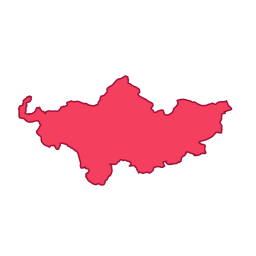 Manandriana, Amoron'i Mania, Madagascar, rotated 80°
{"feature_id": "10022922B47245353926014", "entity_name": "Manandriana", "entity_type": "district", "adm_level": 2, "iso_a3": "MDG", "parent_name": "Madagascar", "parent_adm1": "Amoron'i Mania", "projection": "natural_earth1", "projection_center": [47.016, -20.748], "detail": "fine", "context": "isolated", "style": "filled", "palette": "rose", "viewbox_px": 256, "rotation_deg": 80, "n_neighbors": 0, "source": "geoboundaries", "source_scale": "gbopen_adm2", "svg_char_len": 5839}
<svg xmlns="http://www.w3.org/2000/svg" viewBox="0 0 256 256"><g transform="rotate(80 128 128)"><path d="M179.6,161.8L179.2,161.2L178.1,160.3L175.9,159.4L175.8,158.7L175.4,157.8L173.7,156.6L172.0,155.0L171.9,153.9L170.0,152.4L168.0,151.4L166.7,151.1L163.8,151.0L162.8,150.7L162.0,151.0L160.5,151.9L160.9,149.3L161.6,147.6L161.6,146.9L161.4,146.0L160.9,145.1L159.8,144.2L159.6,142.8L158.2,141.3L158.0,140.8L158.1,140.2L158.4,139.4L158.9,139.0L159.1,138.4L159.0,137.4L159.1,136.6L159.5,135.8L160.5,134.3L161.1,132.9L162.3,131.5L162.8,131.3L163.6,131.2L164.3,131.7L165.6,133.1L165.9,132.5L165.8,131.0L166.0,129.3L166.3,128.3L166.7,127.9L167.9,127.5L168.2,126.8L171.4,126.2L172.9,125.4L174.0,125.2L173.6,124.5L173.7,124.2L173.9,123.8L174.0,123.2L174.4,122.2L174.9,121.9L175.2,121.4L174.8,117.3L175.3,115.9L175.6,115.2L176.1,114.8L175.2,112.3L174.2,110.9L171.2,109.1L171.2,104.9L171.6,103.8L172.2,102.6L172.7,101.0L172.5,100.3L171.9,98.6L171.3,98.6L169.7,99.2L168.2,99.4L167.6,99.2L167.3,98.6L168.0,96.6L167.8,96.1L168.5,96.4L169.4,96.0L170.6,95.0L171.1,93.9L171.1,93.1L170.9,91.7L171.4,90.9L171.1,89.4L171.4,86.5L170.3,84.2L170.8,83.8L170.8,83.3L170.1,82.6L169.9,81.8L169.6,81.5L167.3,80.7L166.0,79.8L165.5,79.2L165.2,77.9L165.1,77.1L164.0,76.3L163.3,75.3L162.7,74.9L162.0,75.0L161.9,74.3L162.0,73.3L162.3,72.6L163.4,71.1L164.9,67.9L165.7,68.0L166.1,67.8L166.4,67.5L166.1,66.6L166.4,66.7L166.8,66.6L166.9,66.1L166.9,63.3L166.6,61.6L166.1,60.5L166.0,59.2L165.7,58.7L166.4,57.5L166.5,56.9L166.4,56.3L166.1,55.9L165.4,56.1L164.8,56.1L164.9,55.8L163.8,56.1L161.7,56.1L158.9,55.1L158.4,55.2L157.5,56.2L156.7,58.7L155.9,59.1L154.9,60.7L154.2,60.7L153.9,59.4L153.5,58.6L153.5,56.1L152.9,52.0L151.8,48.4L150.6,45.8L147.6,42.0L148.1,40.0L148.7,38.4L148.9,36.7L147.1,36.5L145.8,35.7L144.6,36.0L142.6,35.2L141.5,35.4L139.3,36.4L138.4,36.4L135.3,34.2L132.1,33.7L130.9,33.1L130.2,32.3L130.4,31.0L130.3,29.9L130.1,29.7L128.8,30.3L128.6,29.9L128.4,27.4L128.2,26.6L127.7,23.1L127.4,22.8L127.0,22.7L126.0,23.2L124.4,24.3L123.3,25.3L118.5,26.3L118.7,27.2L118.8,28.4L118.2,33.5L118.7,35.6L119.9,37.4L119.8,38.2L118.3,40.4L118.2,40.8L118.4,42.0L118.7,42.5L118.7,44.8L119.3,46.7L119.2,48.9L118.6,51.7L118.1,52.7L117.4,53.6L116.1,55.7L114.8,56.9L114.1,57.9L113.9,58.4L113.8,60.1L112.7,61.2L111.6,63.4L110.8,65.3L110.0,66.7L109.4,68.3L109.1,71.1L109.3,74.2L109.5,74.8L111.8,74.4L113.3,74.9L115.7,77.5L116.7,79.4L119.5,80.9L120.2,81.5L120.8,82.3L121.3,83.9L122.0,85.2L122.1,86.2L121.9,88.0L121.7,88.6L121.0,89.4L120.5,89.8L119.7,90.0L117.1,90.2L116.5,90.8L116.3,91.2L116.1,92.4L116.3,93.4L116.3,94.6L116.6,95.8L117.3,97.4L117.3,98.1L117.3,99.0L117.0,99.6L116.7,99.9L115.1,100.2L113.7,101.6L113.2,101.8L112.1,101.4L111.1,100.1L110.4,99.6L109.3,99.4L108.5,99.5L107.5,100.2L104.9,103.7L103.0,105.4L99.5,110.1L97.6,112.0L96.9,112.3L96.3,112.2L95.7,111.6L95.3,110.6L94.4,110.2L93.4,110.3L92.4,110.1L91.9,110.3L91.4,110.6L89.2,113.0L86.5,117.0L85.0,118.1L84.2,119.6L83.9,119.9L82.8,120.0L80.6,119.2L79.0,119.7L78.2,119.3L77.8,119.4L76.4,121.2L76.5,122.3L77.6,124.8L78.1,126.4L78.1,128.6L78.6,130.2L79.1,131.1L82.6,135.4L83.3,136.6L84.3,139.5L84.8,140.6L85.5,141.5L86.3,142.0L88.1,142.0L88.6,142.2L89.9,143.4L90.8,144.5L91.5,145.8L92.0,147.5L92.0,149.0L92.4,149.3L93.7,150.2L95.5,150.6L97.5,152.7L99.3,153.4L99.5,153.9L100.2,157.5L100.2,158.2L99.3,161.0L97.7,163.9L96.8,164.5L96.6,164.9L96.4,165.7L96.4,167.0L96.3,167.3L93.2,172.3L92.9,174.0L92.7,177.3L92.3,178.1L91.7,178.7L91.5,179.5L91.7,180.4L92.1,181.3L92.1,183.1L92.3,183.6L93.0,183.9L94.1,183.6L94.7,183.8L95.1,184.3L95.5,185.7L95.9,186.4L95.4,187.8L95.8,188.4L95.8,189.4L95.7,190.1L97.3,191.3L98.4,192.7L99.1,193.9L99.2,194.4L99.1,195.6L98.6,197.0L98.2,200.6L97.4,202.7L97.4,203.5L97.5,204.8L98.0,206.4L98.3,206.6L98.9,206.5L99.3,206.7L98.7,207.5L97.0,208.3L97.2,209.0L97.1,209.3L96.3,210.0L95.5,210.2L94.6,211.0L92.5,211.4L92.2,211.8L92.7,212.3L92.8,212.6L92.3,213.6L92.3,214.4L93.8,215.5L95.2,216.3L96.2,217.7L97.1,219.7L97.3,220.4L97.2,221.0L96.9,221.8L96.9,222.4L97.5,222.9L97.6,223.3L96.7,223.9L96.8,225.0L96.6,225.5L96.1,226.2L95.3,226.6L94.9,226.6L94.4,225.9L93.1,225.4L90.9,225.2L88.4,223.7L87.9,223.7L86.9,224.1L86.2,224.0L85.7,223.5L85.4,223.0L85.2,221.1L85.0,220.8L84.7,219.7L83.6,219.0L82.9,218.3L82.1,218.5L81.6,218.4L80.7,217.8L80.4,218.0L80.2,219.7L80.0,219.9L79.6,219.7L79.9,221.8L81.2,223.1L81.6,224.3L82.9,226.4L83.8,226.5L84.7,226.3L85.3,226.8L85.9,227.5L86.7,227.5L87.3,227.7L87.6,230.0L87.9,231.1L88.9,231.4L90.0,232.4L91.6,232.1L93.8,232.6L95.2,232.6L95.9,233.1L97.1,232.8L97.7,233.3L98.7,233.0L99.2,232.7L100.8,228.6L102.7,227.5L104.4,225.7L105.1,223.7L105.4,220.9L104.9,218.2L105.1,216.0L106.1,214.7L107.2,214.3L108.6,214.2L109.8,213.4L111.1,214.6L111.9,215.0L114.0,217.0L115.4,218.6L116.4,218.7L117.4,218.5L118.2,218.1L121.3,215.4L122.6,215.1L124.9,215.6L126.8,215.3L129.7,213.6L130.5,212.7L132.1,210.0L133.1,208.8L133.0,208.2L132.1,207.5L131.9,207.0L132.0,206.2L132.5,204.3L132.3,203.7L132.7,203.4L134.7,202.9L136.1,202.2L136.6,201.7L136.8,200.8L136.7,200.1L136.4,199.8L135.6,199.6L133.9,198.1L133.2,197.8L131.9,197.6L131.5,197.3L131.2,196.9L131.4,195.9L132.2,194.0L133.9,190.8L134.1,190.6L135.1,190.6L135.3,190.4L136.1,188.7L137.4,187.9L138.6,186.0L140.9,184.2L142.3,182.5L144.9,181.4L146.7,181.5L148.5,181.2L150.4,181.2L152.7,180.8L155.7,180.9L156.6,181.5L158.9,181.3L159.4,180.8L159.5,180.4L159.2,179.4L159.6,178.4L159.6,178.2L159.4,177.9L158.8,177.6L158.7,177.1L159.2,176.7L159.7,176.9L160.3,176.7L161.0,175.6L161.4,174.6L161.7,174.2L163.2,173.5L163.8,173.7L164.7,175.1L165.4,175.4L165.6,175.6L165.4,176.3L165.4,176.7L166.1,177.4L167.1,177.4L167.7,177.7L168.2,177.6L168.3,177.4L168.9,177.9L170.6,177.0L171.9,176.7L173.4,175.8L174.7,174.4L176.7,172.3L177.9,170.4L178.2,169.5L177.8,167.2L177.8,166.5L179.5,164.2L179.6,161.8Z" fill="#f43f5e" stroke="#9f1239" stroke-width="1.5"/></g></svg>